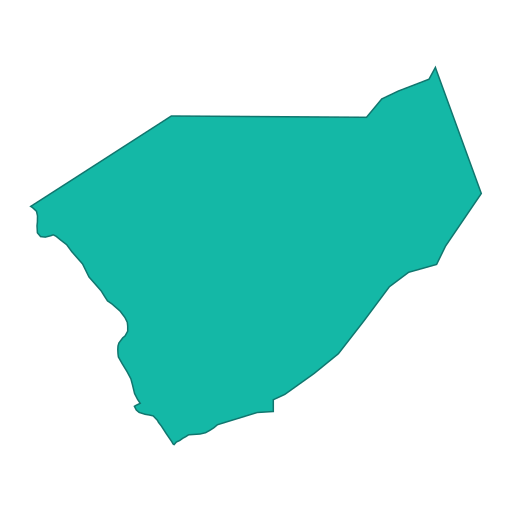 outline of Savannes George/Constitution Park, Choiseul, Saint Lucia
{"feature_id": "8701671B67888908023489", "entity_name": "Savannes George/Constitution Park", "entity_type": "district", "adm_level": 2, "iso_a3": "LCA", "parent_name": "Saint Lucia", "parent_adm1": "Choiseul", "projection": "mercator", "projection_center": [-61.052, 13.779], "detail": "fine", "context": "isolated", "style": "filled", "palette": "teal", "viewbox_px": 512, "rotation_deg": 0, "n_neighbors": 0, "source": "geoboundaries", "source_scale": "gbopen_adm2", "svg_char_len": 1152}
<svg xmlns="http://www.w3.org/2000/svg" viewBox="0 0 512 512"><path d="M436.2,69.8L435.4,67.4L429.0,79.2L398.4,91.0L381.8,98.9L366.5,117.3L172.9,116.0L171.3,116.0L88.8,169.1L30.7,206.4L32.4,207.5L36.5,211.3L37.5,215.9L37.4,222.0L37.0,225.8L37.4,232.8L40.6,236.6L45.3,237.1L50.9,235.7L53.2,234.8L56.0,236.2L61.1,240.4L66.7,244.7L71.8,251.7L82.6,264.0L89.0,277.0L101.1,290.8L104.7,296.6L107.5,300.9L111.9,303.9L120.1,311.1L125.0,317.6L127.3,322.3L127.7,326.2L127.7,331.2L125.1,335.9L122.7,337.9L118.9,343.0L118.0,346.0L117.8,349.5L118.0,353.8L118.4,357.0L122.2,363.7L127.1,371.7L130.9,378.9L132.5,384.9L134.6,393.6L137.6,399.4L140.2,403.3L136.3,405.2L134.4,406.3L136.3,410.0L139.1,412.4L145.1,414.3L149.3,415.0L153.2,415.9L157.5,420.4L158.5,422.4L161.2,425.8L166.1,433.4L171.6,441.4L173.1,444.0L174.1,444.6L176.4,442.0L179.7,440.5L182.9,438.2L185.7,436.7L188.6,434.8L191.4,434.6L200.1,434.0L205.6,432.7L210.4,430.0L213.8,427.8L217.5,424.7L257.2,412.5L273.3,411.5L273.3,399.7L284.8,394.4L314.2,373.4L338.4,353.7L363.9,320.9L389.4,286.7L408.6,272.3L436.6,264.4L445.6,246.0L481.3,193.5L436.2,69.8Z" fill="#14b8a6" stroke="#0f766e" stroke-width="1.5"/></svg>